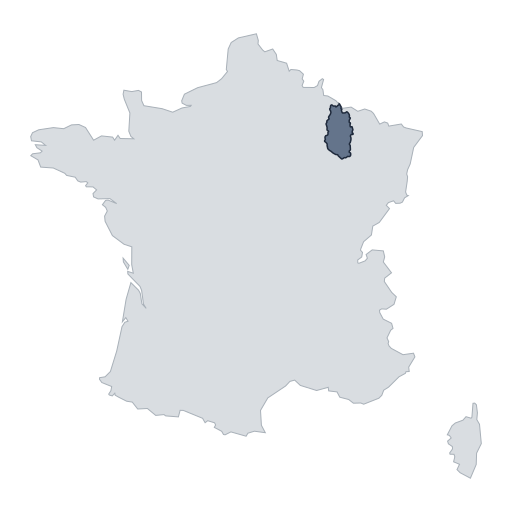 location of Meuse within France
{"feature_id": "FRA-5326", "entity_name": "Meuse", "entity_type": "Metropolitan department", "adm_level": 1, "iso_a3": "FRA", "parent_name": "France", "parent_adm1": "", "projection": "orthographic", "projection_center": [5.366, 49.01], "detail": "fine", "context": "in_parent", "style": "filled", "palette": "slate", "viewbox_px": 512, "rotation_deg": 0, "n_neighbors": 0, "source": "natural_earth", "source_scale": "10m", "svg_char_len": 6405}
<svg xmlns="http://www.w3.org/2000/svg" viewBox="0 0 512 512"><path d="M408.3,195.6L404.6,197.8L402.4,202.1L400.1,203.2L395.7,203.4L393.6,200.8L388.4,202.6L386.3,205.3L389.5,208.6L379.3,222.4L372.8,226.1L371.4,235.0L363.6,241.7L360.8,248.8L360.5,250.2L362.5,252.4L361.7,257.0L357.7,260.0L357.8,262.9L358.9,263.3L365.1,260.9L367.4,258.2L366.1,254.5L372.2,249.9L383.3,250.9L384.7,256.9L383.3,262.0L391.5,272.8L384.7,278.1L384.3,281.5L391.7,292.4L396.3,296.8L394.0,304.3L386.4,309.2L381.6,308.9L379.5,310.2L379.7,312.5L383.2,319.1L391.6,323.3L393.0,328.4L390.7,330.2L387.0,337.9L388.7,341.7L388.1,343.4L389.0,345.9L391.3,348.4L403.0,354.7L413.5,353.2L414.9,356.9L408.7,367.1L409.2,371.5L406.0,371.7L405.4,373.3L399.0,376.8L388.6,387.1L383.7,390.2L381.8,395.3L378.9,398.2L363.7,404.2L360.8,403.0L353.4,403.2L348.7,399.5L339.8,397.2L337.0,391.9L328.7,390.9L328.2,387.3L316.6,390.5L300.3,385.4L294.7,380.1L289.9,381.4L285.6,386.0L267.8,397.9L260.5,410.4L261.4,425.3L265.3,432.7L254.4,431.2L247.9,433.2L246.1,436.2L230.9,431.9L225.1,434.8L223.5,434.5L221.7,431.3L214.3,427.4L215.6,425.0L214.6,422.8L207.7,420.7L205.1,422.7L202.6,418.3L183.3,410.4L180.1,410.3L178.4,416.9L165.7,415.9L164.0,414.6L155.7,415.4L147.4,408.5L137.7,409.0L132.3,402.1L126.6,401.2L118.7,397.2L115.2,395.2L114.8,393.2L112.3,395.9L109.3,395.0L108.7,394.1L110.9,390.7L111.7,386.5L101.9,382.6L99.5,379.3L99.6,377.7L105.1,376.8L110.4,371.5L116.7,351.1L122.0,326.7L124.8,322.3L128.0,321.2L125.8,317.6L122.4,321.8L126.1,299.3L130.9,282.6L138.6,290.3L140.3,293.5L141.9,303.8L146.2,308.4L143.5,304.1L141.6,290.3L140.0,286.4L127.9,274.0L127.7,271.4L133.3,273.2L131.7,264.6L131.8,246.8L124.1,244.3L112.4,235.6L105.1,221.3L104.6,216.1L107.3,211.0L105.7,207.4L102.4,204.7L105.6,200.4L108.1,200.1L116.7,203.6L109.9,198.6L98.0,198.9L93.6,196.9L93.0,193.6L96.6,189.9L93.0,186.9L86.3,186.8L85.6,185.6L87.8,182.9L86.3,181.6L80.7,182.1L77.8,180.9L75.2,177.2L66.6,175.4L64.8,173.3L53.3,168.0L40.7,167.1L38.0,159.9L30.8,155.7L32.6,153.8L40.4,152.8L42.1,151.1L36.9,147.7L35.3,144.7L45.6,145.4L41.3,141.9L31.5,140.8L30.7,136.6L32.5,132.7L38.7,129.8L53.4,127.6L63.7,128.7L71.5,124.9L78.9,124.5L85.5,127.5L93.6,140.2L101.5,135.9L112.6,137.1L114.6,140.2L118.0,135.3L120.2,138.5L133.8,138.8L130.9,136.4L128.8,131.2L129.9,113.0L124.3,99.2L123.1,94.2L123.9,90.2L131.7,91.6L138.5,90.4L141.5,92.0L141.6,100.5L143.9,105.7L162.2,108.7L172.7,112.2L182.0,108.0L190.5,106.4L191.2,105.3L186.4,105.4L182.1,103.1L181.7,100.8L184.4,94.2L197.6,87.7L216.6,82.6L221.6,78.7L227.5,71.5L226.3,69.5L228.2,49.0L231.2,42.5L238.4,37.9L256.4,33.8L258.3,40.4L258.0,44.0L262.6,50.0L264.8,51.8L272.7,49.0L276.3,54.4L277.2,60.5L286.6,63.2L289.2,71.2L290.9,69.5L296.9,70.0L299.6,70.7L303.4,74.2L302.2,78.9L303.8,81.2L302.1,85.5L303.2,87.4L314.2,87.5L317.5,85.6L319.0,81.3L322.3,78.7L323.6,79.5L321.4,87.6L322.9,89.7L323.7,95.5L327.8,96.0L335.9,100.7L342.7,108.3L351.1,107.1L357.8,111.3L364.7,109.0L371.2,111.2L373.5,113.4L379.7,124.1L384.4,121.9L387.7,123.1L388.8,126.1L401.3,124.0L403.6,127.0L406.2,128.0L422.2,131.6L422.5,135.6L413.7,147.4L410.2,163.9L407.6,169.7L406.7,174.0L407.6,176.8L407.2,181.3L405.6,192.0L406.8,195.1L408.3,195.6ZM477.4,412.8L476.8,419.6L479.5,424.3L481.3,443.6L476.6,453.1L476.2,464.5L470.4,478.2L460.1,472.7L457.0,469.6L459.5,464.3L453.6,461.8L454.8,456.8L454.0,454.3L450.0,454.2L449.7,452.9L452.5,449.0L452.4,446.6L448.4,443.8L447.6,441.1L451.2,438.0L449.4,435.4L447.3,434.8L452.0,425.8L455.3,423.0L462.9,420.2L466.0,416.7L471.1,418.2L471.9,417.3L473.0,403.3L474.7,403.1L476.4,404.8L477.4,412.8ZM129.2,265.4L127.8,269.3L123.4,261.9L123.1,258.1L129.2,265.4Z" fill="#d9dde1" stroke="#a8b0b8" stroke-width="1"/><path d="M339.2,103.8L339.6,104.1L341.0,106.7L341.1,107.2L341.1,107.6L341.0,108.1L341.0,108.5L341.2,108.9L341.8,109.1L341.8,109.5L341.5,110.1L341.4,110.5L341.5,110.8L342.1,112.4L342.2,112.6L342.5,112.9L342.8,113.0L344.9,112.9L345.7,112.6L346.3,112.0L346.8,111.8L347.4,112.1L348.5,113.3L349.0,114.2L349.3,114.8L349.4,115.4L349.4,116.0L349.3,116.6L349.3,117.1L349.6,117.5L350.2,117.8L350.3,118.0L350.2,118.5L349.4,119.9L349.2,120.4L349.2,121.6L349.2,122.1L349.5,122.6L350.3,122.9L350.4,123.5L350.1,124.5L350.0,124.9L350.1,125.9L350.2,126.4L350.4,126.8L350.8,126.9L351.9,126.7L352.2,127.1L352.8,129.3L352.9,129.7L352.8,130.1L352.3,131.1L352.2,131.7L352.2,132.3L352.4,132.8L352.5,133.0L352.9,133.2L353.0,133.4L353.1,133.7L353.1,134.0L353.0,134.3L352.9,134.4L352.6,134.5L351.9,134.3L351.5,134.4L350.7,135.2L350.5,135.6L350.4,135.9L350.4,136.2L350.4,136.4L350.6,136.7L350.9,137.7L351.0,138.8L350.9,140.0L350.4,142.0L350.3,142.4L349.7,143.2L349.4,143.8L349.4,144.3L349.7,144.8L350.1,145.2L350.2,145.6L350.4,149.0L350.4,149.7L350.1,150.3L349.4,150.8L349.2,151.7L349.2,152.1L349.4,152.3L350.4,152.9L350.5,153.1L350.6,153.4L350.7,153.7L350.6,154.9L350.7,155.0L350.3,155.9L349.8,156.4L349.2,156.6L347.7,156.4L346.1,157.6L345.6,157.8L344.7,157.6L344.2,157.7L342.7,158.7L341.9,159.0L341.2,158.6L338.2,155.8L338.0,155.4L337.9,155.1L337.8,154.9L337.5,154.7L337.1,154.6L336.1,154.6L335.5,154.4L333.0,153.0L330.9,151.2L329.5,150.4L328.4,149.4L328.1,149.1L327.8,148.6L327.6,148.1L327.5,147.7L327.4,146.3L327.1,146.0L327.2,144.6L326.9,143.5L326.8,143.4L325.9,142.4L324.9,141.6L324.7,141.5L324.6,141.2L324.6,140.8L324.8,140.3L325.3,139.6L325.3,139.2L325.2,138.8L325.1,138.4L325.0,137.9L325.0,137.4L325.2,136.5L325.5,136.1L325.8,135.7L326.1,135.6L327.1,135.3L327.3,135.2L327.5,135.1L327.7,134.9L327.8,134.6L327.9,134.3L328.0,133.9L328.0,133.4L327.9,132.8L328.0,132.3L328.2,132.0L328.3,131.9L328.5,131.6L328.5,131.3L328.2,130.9L328.0,130.7L327.4,130.4L327.2,130.2L327.0,129.7L327.1,127.7L327.0,127.1L326.8,126.3L326.1,124.2L326.1,123.9L326.2,123.5L326.5,123.0L326.9,122.2L326.8,121.0L328.1,119.7L328.8,119.2L329.0,119.0L329.0,118.6L328.9,118.2L328.7,117.9L328.6,117.6L328.6,117.3L328.6,117.0L328.8,116.6L329.7,115.2L330.3,114.4L330.8,112.9L330.9,112.4L330.9,112.0L330.6,111.3L330.6,111.0L330.5,110.8L330.5,110.6L330.4,110.4L330.0,110.1L329.9,109.9L329.7,109.0L329.7,108.9L329.8,108.7L330.0,108.4L330.4,107.9L330.5,107.1L330.5,106.9L330.5,106.5L330.5,106.3L330.5,106.1L330.6,105.9L330.7,105.6L330.9,105.3L331.3,105.0L331.7,104.9L332.2,105.1L333.1,105.9L333.3,106.0L333.6,106.1L334.9,106.0L335.2,106.0L335.4,106.1L335.5,106.4L335.6,106.6L335.7,106.8L336.0,106.9L336.6,106.6L338.1,105.2L338.6,105.0L339.2,104.6L339.2,103.8Z" fill="#64748b" stroke="#1e293b" stroke-width="1.5"/></svg>